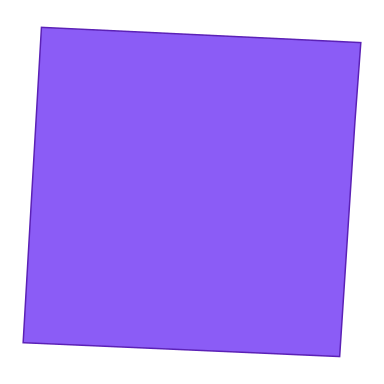 outline of McDonough, Illinois, United States of America, rotated 92°
{"feature_id": "52423323B27317612886822", "entity_name": "McDonough", "entity_type": "district", "adm_level": 2, "iso_a3": "USA", "parent_name": "United States of America", "parent_adm1": "Illinois", "projection": "equal_earth", "projection_center": [-90.715, 40.458], "detail": "fine", "context": "isolated", "style": "filled", "palette": "violet", "viewbox_px": 384, "rotation_deg": 92, "n_neighbors": 0, "source": "geoboundaries", "source_scale": "gbopen_adm2", "svg_char_len": 236}
<svg xmlns="http://www.w3.org/2000/svg" viewBox="0 0 384 384"><g transform="rotate(92 192 192)"><path d="M115.3,31.6L36.8,28.5L32.7,348.2L348.5,355.5L351.3,38.7L115.3,31.6Z" fill="#8b5cf6" stroke="#5b21b6" stroke-width="1.5"/></g></svg>